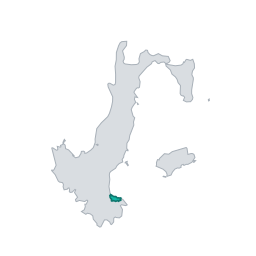 location of Savona within Italy, rotated 246°
{"feature_id": "ITA-5368", "entity_name": "Savona", "entity_type": "Province", "adm_level": 1, "iso_a3": "ITA", "parent_name": "Italy", "parent_adm1": "", "projection": "robinson", "projection_center": [8.236, 44.237], "detail": "fine", "context": "in_parent", "style": "filled", "palette": "teal", "viewbox_px": 256, "rotation_deg": 246, "n_neighbors": 0, "source": "natural_earth", "source_scale": "10m", "svg_char_len": 4715}
<svg xmlns="http://www.w3.org/2000/svg" viewBox="0 0 256 256"><g transform="rotate(246 128 128)"><path d="M51.9,60.1L53.4,60.8L58.8,59.2L62.2,60.1L64.9,58.6L66.7,56.2L66.3,54.4L70.6,51.5L71.1,54.8L73.5,57.0L75.9,57.6L75.4,58.9L77.7,61.6L78.6,61.4L78.9,60.9L78.4,58.6L81.6,54.1L81.7,51.0L82.3,50.6L84.0,50.9L85.3,53.8L90.8,52.9L92.7,55.1L93.5,54.6L92.1,50.9L92.7,48.9L94.1,48.6L95.2,49.5L97.3,49.7L97.4,48.6L96.8,47.8L97.5,44.5L100.7,44.8L102.5,46.0L104.7,46.0L106.5,43.4L108.0,42.7L115.0,42.5L120.2,40.9L120.6,41.3L119.7,42.6L120.0,43.4L123.2,47.2L140.7,50.2L140.5,51.2L136.8,53.6L136.6,54.5L137.1,55.3L140.0,55.9L138.1,58.2L138.1,59.1L139.6,59.2L139.5,61.9L141.4,62.8L143.5,65.2L141.4,65.7L142.2,65.0L140.1,62.6L138.0,63.6L134.5,62.6L132.2,64.8L124.2,67.6L125.6,66.4L125.0,66.3L122.1,68.0L121.6,71.4L123.9,74.7L125.6,75.9L124.9,78.0L123.8,78.7L122.4,78.2L122.0,80.0L122.9,84.9L124.2,88.4L128.2,92.2L131.2,93.4L140.2,99.3L143.6,105.8L146.6,114.1L149.0,117.1L154.0,121.5L158.5,124.7L162.7,126.7L173.6,126.6L176.3,127.4L176.7,128.7L176.2,129.7L173.1,132.0L173.0,133.8L174.5,135.1L182.0,138.5L189.7,141.3L195.0,145.0L201.7,148.1L207.0,152.9L209.0,155.4L209.4,157.4L208.3,160.7L207.7,162.1L203.9,160.2L200.7,154.4L194.2,153.4L192.3,152.4L191.1,150.7L189.1,150.5L187.7,151.4L184.4,156.8L182.6,161.5L182.5,163.4L183.7,165.2L186.8,166.2L190.9,169.6L191.2,173.7L192.0,176.0L191.0,177.4L188.9,177.0L186.2,177.9L184.4,179.4L183.6,180.8L183.6,186.0L180.0,188.7L177.0,193.9L172.4,193.9L171.3,192.3L171.1,189.9L171.9,188.5L173.6,187.8L174.6,184.7L174.2,182.5L174.9,181.5L178.6,180.1L178.6,177.0L177.2,175.6L175.9,170.0L171.0,159.3L169.5,158.2L165.4,157.9L160.6,155.1L160.3,153.9L161.0,152.8L160.5,151.3L158.9,148.6L157.9,147.9L152.0,149.1L153.6,146.9L151.5,145.5L147.9,145.5L147.9,144.5L145.2,140.2L143.4,138.4L136.8,137.5L134.6,138.3L131.3,135.5L128.3,134.5L120.5,126.6L116.8,124.2L114.5,120.8L109.8,118.5L107.7,119.1L107.2,118.6L108.3,118.0L108.0,116.7L104.8,113.2L103.0,112.1L101.7,109.9L99.1,109.4L99.1,105.5L98.1,102.7L96.3,100.3L95.3,94.6L94.5,93.0L92.6,91.8L88.3,90.4L82.3,86.8L75.3,85.0L72.4,86.3L65.0,94.2L58.1,96.0L58.0,94.4L60.6,90.7L60.1,89.4L55.8,89.8L50.2,86.5L49.4,83.6L51.0,80.8L51.9,80.1L51.4,78.3L48.0,76.7L46.7,74.2L46.6,73.4L47.5,73.0L49.5,73.1L52.6,71.4L53.6,69.1L48.8,63.1L49.0,61.9L51.9,60.1ZM125.5,93.8L125.7,92.3L124.3,93.2L124.7,93.9L125.5,93.8ZM171.0,188.4L165.6,196.5L163.9,202.0L164.2,204.1L165.8,205.7L165.0,206.2L166.8,208.8L166.8,209.6L164.4,212.5L164.4,215.1L159.7,214.7L155.8,213.2L153.9,210.2L152.3,209.0L150.7,208.0L147.4,208.1L145.9,207.5L137.0,201.7L133.5,200.1L129.5,199.7L127.9,198.5L126.6,195.9L128.1,192.0L130.7,189.8L133.1,192.3L135.1,191.5L135.2,190.7L136.6,189.7L138.4,189.7L145.4,193.2L149.0,192.2L152.4,192.6L155.4,192.1L159.3,190.1L163.9,190.3L169.1,188.0L171.0,188.4ZM87.3,144.3L89.7,150.8L87.5,154.6L88.4,158.8L86.5,173.2L85.4,173.6L79.5,172.0L79.0,175.3L78.3,176.6L77.1,177.5L73.9,177.2L70.7,172.5L70.4,167.9L71.1,166.5L71.1,163.8L72.3,163.7L72.4,161.8L71.7,160.9L70.5,160.5L70.5,158.5L71.4,156.9L71.4,154.2L69.7,150.7L67.5,148.2L68.0,143.8L69.9,144.9L72.7,144.9L76.2,143.2L81.7,138.1L82.5,139.0L84.8,139.9L87.1,142.1L86.2,143.5L87.3,144.3ZM97.4,111.2L98.0,112.3L97.8,113.7L96.7,112.9L93.9,113.2L93.6,112.5L97.0,111.8L97.4,111.2ZM71.5,174.9L70.7,176.5L69.8,174.3L69.9,174.0L71.5,174.9ZM69.6,140.7L68.4,142.5L67.7,142.4L69.3,140.3L69.6,140.7ZM121.5,213.9L120.0,213.5L119.9,212.7L121.1,212.8L121.5,213.9ZM146.8,146.7L145.5,147.2L145.5,146.4L146.8,146.7Z" fill="#d9dde1" stroke="#a8b0b8" stroke-width="1"/><path d="M73.4,85.7L73.0,86.0L72.7,86.1L72.2,86.4L71.2,87.0L70.9,87.4L71.0,87.7L70.9,87.9L70.8,88.0L70.6,88.3L70.4,88.5L70.5,88.7L70.5,88.9L70.3,89.1L69.9,89.2L69.2,89.4L68.8,89.6L68.6,89.8L68.4,90.0L68.1,90.4L68.1,90.5L68.1,90.8L68.0,91.2L67.9,91.4L67.2,92.0L67.0,92.4L67.2,92.7L67.2,92.8L66.9,92.9L66.7,93.1L66.4,92.7L66.2,92.5L65.4,92.3L64.9,92.1L64.8,91.8L65.5,91.0L65.4,90.7L65.0,90.1L65.0,89.9L64.9,89.9L64.7,89.8L64.7,89.7L64.8,89.6L64.9,89.4L65.0,89.4L65.4,89.4L65.5,89.5L65.6,89.4L65.9,89.2L66.0,89.0L66.0,88.9L66.1,88.7L65.9,88.5L65.9,88.4L65.9,88.2L65.9,87.9L65.9,87.7L66.0,87.3L66.0,87.2L65.9,87.1L65.9,86.9L66.0,86.8L66.3,86.7L66.5,86.4L66.8,86.3L66.8,86.2L66.9,85.8L67.1,85.5L67.2,85.4L67.3,85.3L67.5,85.3L67.6,85.2L67.8,84.9L67.8,84.7L67.7,84.5L67.6,84.4L67.6,84.2L67.7,83.9L67.8,83.7L67.9,83.4L68.1,83.2L68.3,83.2L68.5,83.3L68.7,83.5L68.9,83.6L69.0,83.7L69.1,83.8L69.4,83.9L69.5,83.9L69.6,84.0L69.8,84.1L70.0,84.0L70.0,83.9L70.1,83.7L70.4,83.5L70.5,83.5L70.9,83.5L71.0,83.5L71.4,83.4L72.5,83.5L73.0,83.9L73.4,83.9L73.7,83.9L74.0,84.5L73.8,84.6L72.9,85.0L72.9,85.3L73.1,85.5L73.3,85.7L73.4,85.7Z" fill="#14b8a6" stroke="#0f766e" stroke-width="1.5"/></g></svg>